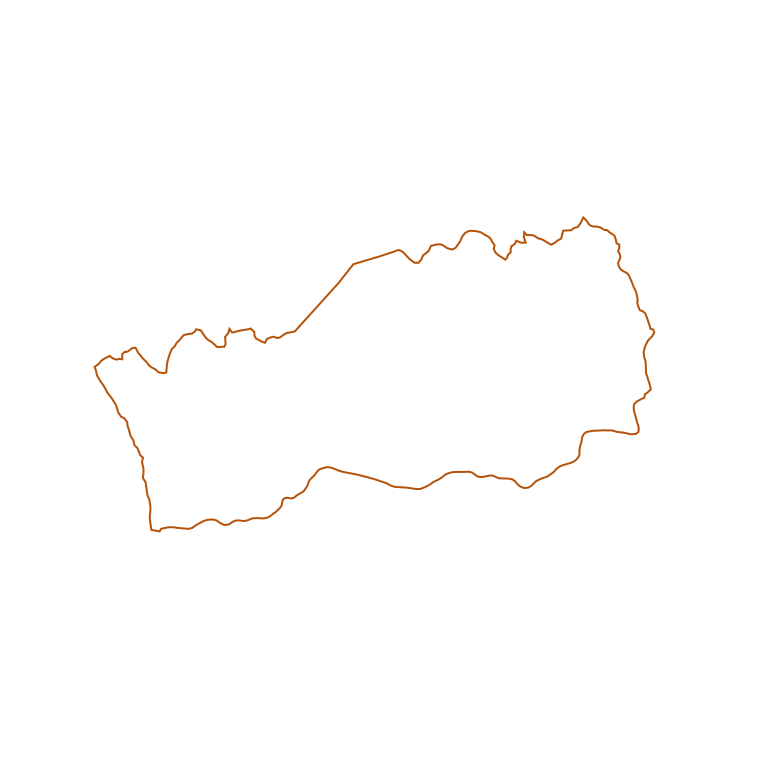 Santo Antônio do Aracanguá, São Paulo, Brazil (Robinson projection), rotated 319°
{"feature_id": "56859067B10585150578683", "entity_name": "Santo Antônio do Aracanguá", "entity_type": "district", "adm_level": 2, "iso_a3": "BRA", "parent_name": "Brazil", "parent_adm1": "São Paulo", "projection": "robinson", "projection_center": [-50.558, -20.868], "detail": "fine", "context": "isolated", "style": "outline", "palette": "amber", "viewbox_px": 768, "rotation_deg": 319, "n_neighbors": 0, "source": "geoboundaries", "source_scale": "gbopen_adm2", "svg_char_len": 4558}
<svg xmlns="http://www.w3.org/2000/svg" viewBox="0 0 768 768"><g transform="rotate(319 384 384)"><path d="M571.6,565.1L574.0,563.0L577.5,563.3L581.8,563.1L583.4,560.3L584.8,557.5L586.0,554.4L587.4,551.6L588.5,548.5L590.9,545.1L592.8,543.0L594.7,540.6L596.6,538.0L597.9,534.6L600.7,530.4L605.3,527.1L611.1,524.6L614.4,524.1L617.8,523.9L621.8,522.4L623.0,519.5L621.3,517.3L623.0,513.6L624.7,509.5L626.5,505.1L627.5,502.0L627.0,498.8L625.5,496.2L626.9,492.0L628.4,489.0L630.8,486.6L632.5,483.9L634.7,479.7L636.1,474.5L637.6,470.5L638.9,466.5L640.0,462.9L640.2,459.9L639.0,456.9L637.8,453.0L638.4,449.5L639.8,446.3L643.0,444.9L645.9,443.1L647.1,440.5L647.7,437.6L650.7,435.8L653.0,433.2L651.8,430.4L653.7,427.1L655.3,423.2L653.7,417.6L653.3,414.2L651.4,412.3L650.0,407.8L647.9,404.8L645.0,402.2L643.4,398.9L644.0,393.1L643.6,389.1L638.0,391.5L633.2,392.6L629.9,391.0L626.2,390.8L619.9,385.9L615.9,388.4L613.2,390.5L609.3,389.6L604.7,389.4L601.4,388.4L599.8,383.4L598.2,378.6L596.0,375.4L594.3,369.8L591.6,367.2L589.4,365.2L589.3,361.5L585.9,364.9L583.7,370.2L580.5,367.8L577.8,362.7L574.5,364.1L570.5,363.7L567.8,365.4L566.0,367.8L562.3,367.8L559.9,369.3L557.2,369.8L556.3,366.8L554.8,361.5L554.4,357.7L555.4,354.1L558.6,351.7L558.8,348.1L559.7,344.9L559.6,341.8L558.0,337.7L556.7,333.2L554.4,329.8L551.0,326.3L548.7,324.3L544.3,323.2L539.4,324.1L535.2,326.3L530.7,327.4L527.3,328.2L523.9,327.4L520.9,323.2L519.6,318.2L518.2,315.5L514.9,313.0L510.1,310.6L504.8,312.9L497.8,312.6L493.7,314.6L489.4,315.1L486.6,312.5L485.4,307.2L485.0,301.8L485.0,298.8L484.4,295.0L482.8,292.2L479.7,291.2L464.2,284.7L439.5,273.5L416.3,277.9L351.2,285.8L347.4,283.7L344.1,281.7L340.0,280.9L335.9,280.6L333.5,279.2L331.6,275.8L328.7,274.3L325.3,273.2L321.2,274.8L319.4,271.3L317.3,265.9L317.9,262.6L320.3,259.6L319.8,254.7L316.2,252.9L308.9,248.3L305.9,247.1L303.2,245.6L303.5,241.0L300.0,243.4L295.0,244.2L290.6,250.0L287.9,251.1L282.4,246.8L281.5,239.2L280.3,235.8L279.9,232.8L280.3,227.3L281.0,223.6L278.2,219.5L274.9,220.4L271.8,219.8L268.8,217.6L264.7,215.7L262.0,216.1L258.3,216.8L254.7,216.8L251.3,218.1L246.8,218.5L243.4,220.0L239.5,222.3L236.2,224.4L233.1,226.7L230.5,229.3L227.3,232.5L224.3,230.8L221.4,227.0L221.2,223.3L219.5,219.0L218.9,215.6L219.2,211.0L218.7,206.1L219.0,202.6L218.9,199.6L220.3,193.6L217.7,191.8L211.9,191.4L209.0,189.6L206.0,189.8L202.6,193.6L200.7,191.4L197.9,189.9L196.1,186.5L195.4,182.8L191.8,182.0L188.8,181.2L185.6,181.0L181.7,181.7L176.8,181.2L175.3,185.2L173.0,189.3L172.3,193.0L171.7,196.3L171.5,199.9L170.8,203.9L169.6,208.6L169.4,213.4L169.0,217.6L168.0,223.6L166.9,226.4L164.8,231.2L164.1,236.0L165.5,239.7L165.1,244.5L163.0,247.3L161.6,250.9L158.7,256.8L157.9,262.1L155.5,266.6L155.9,270.5L154.8,273.9L153.3,277.7L153.8,281.4L150.1,284.2L147.0,290.0L143.7,293.8L140.4,296.6L139.7,301.5L137.8,304.5L136.1,307.2L133.9,310.4L132.2,313.5L131.3,317.0L129.7,319.3L127.9,322.4L125.5,325.4L123.0,327.8L119.5,331.1L112.7,341.4L118.0,348.1L120.7,347.0L127.5,350.8L131.4,354.3L133.4,356.7L137.8,361.4L141.7,365.3L144.9,366.8L150.1,367.3L158.2,369.1L162.0,370.9L165.9,373.9L168.1,377.0L169.0,380.9L170.8,385.5L174.7,388.2L180.1,388.9L182.7,389.9L185.2,391.9L187.8,395.0L190.7,397.0L196.8,399.2L200.1,401.8L205.1,406.6L209.2,408.7L212.3,409.2L215.0,409.1L218.2,409.6L224.6,409.2L227.1,408.5L231.3,405.2L233.9,404.9L236.6,406.6L239.1,409.8L241.8,410.8L244.5,410.8L248.0,411.3L250.9,412.0L253.7,412.1L259.6,410.5L263.6,408.1L266.4,407.5L271.2,407.3L277.0,406.1L279.6,406.2L283.6,407.8L286.7,409.6L289.4,412.6L292.8,419.3L294.3,421.8L296.0,424.2L303.3,433.4L310.5,443.7L314.8,450.3L320.7,460.4L322.7,465.5L324.4,468.4L333.6,477.6L337.0,481.6L339.6,484.6L342.6,487.1L348.3,489.0L353.2,490.1L356.8,490.3L359.6,491.1L362.4,491.9L365.8,492.4L371.4,492.7L374.7,493.9L378.5,495.8L384.1,500.6L386.2,502.5L388.4,504.2L390.5,505.8L392.5,508.9L393.6,514.1L395.1,516.9L398.4,519.5L402.9,521.9L405.7,524.1L407.5,527.7L409.2,531.0L412.1,533.5L416.2,537.4L418.4,540.4L419.1,543.3L419.0,547.4L419.5,550.6L421.4,554.4L424.8,556.8L428.2,557.5L434.7,557.1L438.8,558.0L441.6,559.0L446.6,561.0L450.4,561.4L453.6,561.8L458.2,561.2L462.4,561.5L466.1,562.8L474.5,566.6L478.4,567.3L482.6,566.8L485.2,565.5L488.0,562.2L492.0,559.1L495.3,557.0L499.2,553.8L502.4,552.8L505.4,553.1L508.4,554.8L511.9,557.1L516.0,560.4L518.7,562.5L525.4,568.4L528.9,573.6L533.1,578.1L537.3,583.9L541.5,587.0L544.7,587.0L547.0,584.8L548.7,582.0L550.0,578.6L552.7,573.3L554.8,568.6L557.3,565.2L559.7,563.3L563.7,563.1L567.9,564.1L571.6,565.1Z" fill="none" stroke="#b45309" stroke-width="2"/></g></svg>